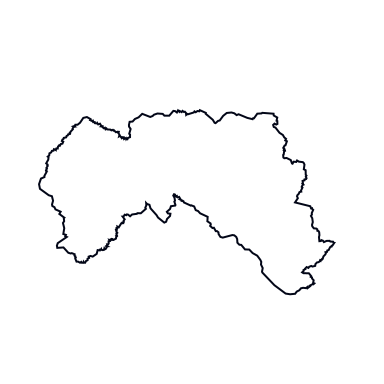 the district of Sanam Chai Khet, Chachoengsao, Thailand, rotated 14°
{"feature_id": "78962969B69796195925566", "entity_name": "Sanam Chai Khet", "entity_type": "district", "adm_level": 2, "iso_a3": "THA", "parent_name": "Thailand", "parent_adm1": "Chachoengsao", "projection": "albers", "projection_center": [101.646, 13.611], "detail": "fine", "context": "isolated", "style": "outline", "palette": "ink", "viewbox_px": 384, "rotation_deg": 14, "n_neighbors": 0, "source": "geoboundaries", "source_scale": "gbopen_adm2", "svg_char_len": 6030}
<svg xmlns="http://www.w3.org/2000/svg" viewBox="0 0 384 384"><g transform="rotate(14 192 192)"><path d="M211.1,105.3L206.6,106.9L203.8,110.6L201.6,115.9L200.1,116.7L198.2,119.5L197.2,119.4L194.7,116.9L186.4,112.8L186.3,111.9L179.8,110.7L179.6,111.9L177.7,112.1L176.3,113.7L174.9,113.2L174.5,114.4L169.2,117.6L168.6,117.4L167.7,118.6L167.0,116.7L165.6,115.8L164.8,116.3L163.2,115.6L162.6,117.0L160.5,116.4L160.3,117.2L158.7,116.2L158.1,118.5L156.0,117.6L154.3,117.8L151.5,123.4L146.7,124.6L144.7,123.3L139.5,124.2L136.4,126.2L135.4,127.8L133.3,129.3L124.8,128.2L122.1,132.5L119.0,134.9L117.3,138.0L114.5,139.0L114.6,142.2L115.1,143.8L117.2,145.7L117.0,150.7L118.0,151.3L118.6,153.8L116.8,155.0L116.6,156.3L115.5,155.9L115.3,156.5L114.8,155.6L113.3,157.0L112.7,155.4L111.5,155.6L111.5,156.2L110.4,155.9L110.4,156.4L108.5,154.9L107.8,155.6L107.8,154.0L106.4,152.7L106.4,151.6L105.6,152.0L105.3,151.5L103.7,152.4L101.2,150.9L101.0,151.4L99.6,151.0L98.8,151.7L97.7,151.2L94.6,151.8L93.6,151.0L92.9,152.0L92.0,150.7L91.1,151.5L89.6,150.8L89.5,150.1L88.1,150.3L88.5,149.8L88.0,149.8L86.2,148.0L84.6,149.1L83.4,148.0L83.3,148.5L81.2,148.7L80.7,147.7L79.5,148.1L78.9,147.2L78.7,147.7L77.9,147.0L77.1,147.3L76.3,146.4L75.8,146.6L75.9,145.8L71.9,144.7L68.6,146.4L66.6,151.9L64.7,154.4L62.5,155.0L62.5,156.0L61.0,157.0L62.1,157.2L61.3,157.6L60.8,159.5L61.2,160.0L59.5,163.0L59.6,164.7L59.0,164.6L59.0,165.5L57.9,166.0L57.8,167.1L56.8,167.9L56.7,169.4L54.5,170.5L54.5,171.5L53.6,172.5L53.4,174.0L54.9,174.3L54.6,176.4L53.1,177.2L52.6,179.1L51.8,178.8L51.0,180.4L51.2,182.3L49.9,182.5L49.8,183.5L49.0,183.7L49.3,184.2L47.7,183.9L47.6,185.4L46.1,186.0L45.8,187.6L44.3,189.0L44.6,191.0L43.5,192.6L44.4,193.0L44.7,195.4L43.6,199.5L45.2,200.3L45.1,201.2L45.7,201.6L44.9,203.9L45.6,204.4L45.1,206.2L45.9,206.8L45.5,207.1L46.0,207.8L44.9,212.0L45.2,213.2L42.2,215.5L41.7,221.4L43.7,225.7L53.8,229.8L57.1,230.0L59.3,234.1L59.2,238.0L59.9,239.4L62.2,240.0L63.7,241.9L69.3,242.9L68.6,245.4L74.3,247.8L73.9,248.3L75.0,251.3L74.3,253.3L76.8,258.0L77.3,263.9L80.0,264.1L79.7,265.5L81.4,265.9L74.1,274.1L73.9,276.8L74.8,278.8L80.7,276.9L86.7,280.9L89.2,281.0L90.1,280.4L93.2,280.8L93.3,282.1L94.4,282.6L94.3,283.3L95.1,283.8L94.8,284.8L96.8,287.5L98.2,287.1L100.5,287.7L101.4,286.6L102.1,287.3L103.6,287.0L103.7,286.1L104.2,286.7L105.4,286.5L105.8,284.7L107.2,283.4L106.8,282.0L108.1,280.9L107.4,279.7L109.0,278.6L111.3,278.7L114.5,275.1L114.5,271.2L116.6,271.0L116.5,270.3L117.3,270.2L117.7,269.3L118.1,270.0L119.5,270.0L120.6,269.4L120.6,268.0L121.3,268.7L122.0,268.2L122.6,266.5L121.9,265.5L122.8,265.2L122.0,265.0L122.7,264.0L122.3,263.3L123.3,263.0L123.6,262.0L123.0,260.1L124.1,259.5L123.5,258.7L124.5,258.9L125.2,257.9L124.7,257.5L125.4,256.9L125.9,256.9L125.8,257.8L127.3,257.6L129.5,255.6L129.3,253.9L129.7,253.3L129.2,252.9L129.8,252.5L128.7,250.9L129.4,249.7L128.3,248.9L128.2,247.5L127.8,247.8L127.2,246.8L128.0,245.6L127.6,245.1L128.4,244.6L128.0,243.6L129.5,244.0L130.9,239.6L132.5,239.0L131.9,238.4L133.1,237.5L132.6,236.3L133.3,234.8L130.6,232.6L131.5,232.3L132.2,230.3L133.8,230.4L134.2,229.5L135.4,229.4L137.8,230.5L139.3,228.3L143.8,226.5L144.1,225.8L147.5,225.0L151.3,219.5L150.5,218.6L150.9,215.9L150.2,213.8L151.3,214.5L153.8,214.7L155.7,217.9L163.2,223.0L165.2,225.0L172.5,228.4L174.1,227.1L174.3,224.2L176.5,220.6L176.3,218.3L173.8,218.6L172.4,217.3L174.8,213.8L175.0,210.9L179.0,209.2L179.1,208.6L177.2,205.6L177.6,204.6L176.4,201.8L174.7,200.0L175.1,198.5L176.1,198.6L177.2,200.0L178.2,199.5L178.4,200.4L179.6,200.7L180.7,199.9L182.4,201.6L181.9,202.1L184.4,202.6L184.3,203.1L185.9,203.0L186.7,204.1L194.1,205.5L194.4,205.1L197.6,205.5L200.0,208.7L202.5,209.0L205.0,210.7L213.2,212.3L214.0,216.7L217.6,218.0L218.1,219.1L217.8,220.5L220.6,222.0L221.9,221.4L224.5,224.2L225.7,223.9L227.4,224.7L228.0,226.4L230.4,228.7L232.9,228.8L241.6,224.0L243.5,223.8L245.8,224.9L247.2,226.7L248.3,230.2L250.7,231.7L252.6,231.4L257.3,234.9L261.5,234.0L265.6,236.6L270.7,238.0L274.7,241.3L276.1,243.0L276.5,245.7L279.0,248.7L279.2,252.3L279.7,253.1L294.5,262.5L307.4,267.9L311.9,267.5L316.7,265.8L317.7,263.3L319.9,261.4L321.0,259.1L322.9,258.1L325.8,257.7L326.9,256.3L327.4,257.3L329.4,254.8L328.9,254.4L331.5,252.1L332.1,252.2L332.8,251.1L331.5,250.9L331.4,248.2L329.4,246.9L329.1,245.9L327.7,245.6L327.9,244.7L325.1,242.6L319.8,243.8L318.3,243.3L319.4,241.6L319.1,240.7L320.6,239.4L320.3,239.0L321.4,237.1L323.3,237.5L323.8,236.2L325.6,234.9L326.9,235.2L329.4,233.9L329.2,232.1L330.3,230.1L331.7,229.5L332.7,228.4L332.8,227.3L333.5,227.6L333.6,226.6L334.4,226.3L334.4,225.4L335.0,225.2L335.1,222.7L336.5,220.3L336.7,218.9L336.1,218.1L337.5,217.4L337.4,216.0L338.6,215.3L339.4,212.0L340.7,211.1L340.5,210.4L341.3,209.8L342.3,207.0L341.7,207.1L340.9,206.1L338.2,206.6L337.3,206.1L334.4,206.9L332.1,208.7L330.9,207.6L329.2,207.4L328.9,208.4L327.5,208.9L326.1,205.0L326.1,203.1L325.1,200.2L324.2,199.3L323.0,199.3L322.6,197.9L321.5,197.4L319.0,197.8L317.0,196.2L316.4,194.9L316.5,192.0L315.0,188.3L313.2,186.4L313.8,184.9L313.3,183.5L313.9,180.0L312.7,179.4L312.4,178.7L311.5,179.1L310.2,177.2L294.5,177.2L296.2,172.4L294.9,170.7L295.1,169.4L296.0,168.0L296.3,166.1L297.9,165.2L297.4,164.5L298.1,161.0L297.2,160.5L297.6,158.4L298.3,157.9L297.1,157.0L297.5,156.6L296.6,154.5L298.3,153.5L298.1,152.6L299.6,151.8L299.8,150.9L298.7,149.7L299.1,148.4L298.2,147.8L297.0,143.4L295.0,142.9L294.5,138.2L293.5,136.9L292.3,136.2L288.4,136.7L286.3,136.0L285.9,137.6L283.3,138.0L282.7,140.2L282.1,140.1L280.1,137.1L275.5,136.1L273.4,136.9L272.3,136.4L271.5,134.0L271.9,133.5L271.5,129.9L272.3,129.5L272.1,129.0L270.9,129.1L271.0,127.5L269.9,127.1L270.6,124.5L271.4,124.1L271.8,119.8L270.0,119.4L270.4,117.7L268.3,116.7L266.4,114.7L262.6,113.4L257.4,109.3L255.6,109.1L254.5,107.3L255.5,105.7L257.4,106.2L258.4,105.3L257.6,102.5L256.8,102.4L256.7,99.1L252.8,98.0L252.2,96.3L241.0,98.2L240.5,98.9L236.4,100.2L234.3,105.5L233.5,105.6L233.2,106.7L227.7,106.7L218.4,105.3L216.7,106.6L214.1,105.4L211.1,105.3Z" fill="none" stroke="#020617" stroke-width="2"/></g></svg>